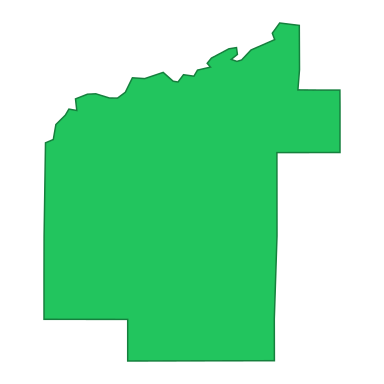 the district of Pittsburg, Oklahoma, United States of America
{"feature_id": "52423323B82358250228718", "entity_name": "Pittsburg", "entity_type": "district", "adm_level": 2, "iso_a3": "USA", "parent_name": "United States of America", "parent_adm1": "Oklahoma", "projection": "robinson", "projection_center": [-95.719, 34.947], "detail": "fine", "context": "isolated", "style": "filled", "palette": "green", "viewbox_px": 384, "rotation_deg": 0, "n_neighbors": 0, "source": "geoboundaries", "source_scale": "gbopen_adm2", "svg_char_len": 712}
<svg xmlns="http://www.w3.org/2000/svg" viewBox="0 0 384 384"><path d="M274.3,319.0L277.0,235.9L276.9,152.6L340.0,152.5L340.0,138.6L340.0,106.4L339.9,90.1L322.3,90.1L297.9,89.9L299.5,69.8L299.3,25.4L279.7,23.0L272.3,33.2L274.7,39.6L251.0,50.0L241.6,60.0L236.9,61.4L231.2,59.4L237.4,54.4L236.5,47.6L228.9,48.8L211.4,58.1L207.2,63.3L210.5,67.1L197.5,70.1L193.9,76.2L183.5,74.7L178.0,82.0L173.1,81.2L163.2,72.4L144.7,78.6L132.4,77.8L125.3,92.3L117.5,98.1L109.4,98.0L95.8,93.8L87.4,94.2L75.5,98.9L76.8,110.5L68.9,109.1L65.3,115.2L55.9,124.5L53.3,139.5L45.5,142.8L44.1,236.1L44.0,277.7L44.0,319.3L127.7,319.4L127.7,361.0L211.5,360.8L274.4,360.7L274.3,319.0Z" fill="#22c55e" stroke="#15803d" stroke-width="1.5"/></svg>